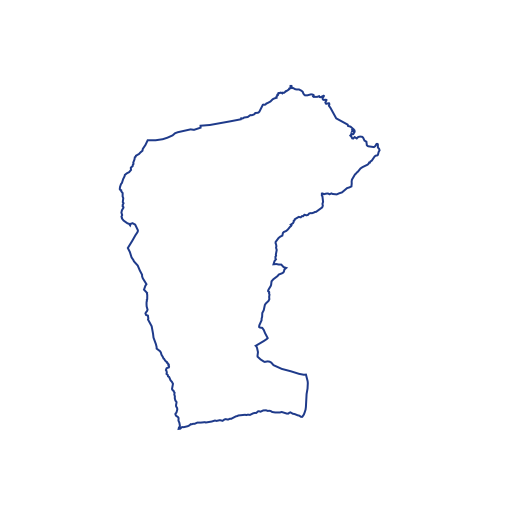 Sogamoso, Boyacá, Colombia, rotated 54°
{"feature_id": "7082276B30941570566225", "entity_name": "Sogamoso", "entity_type": "district", "adm_level": 2, "iso_a3": "COL", "parent_name": "Colombia", "parent_adm1": "Boyacá", "projection": "robinson", "projection_center": [-72.881, 5.676], "detail": "fine", "context": "isolated", "style": "outline", "palette": "blue", "viewbox_px": 512, "rotation_deg": 54, "n_neighbors": 0, "source": "geoboundaries", "source_scale": "gbopen_adm2", "svg_char_len": 6139}
<svg xmlns="http://www.w3.org/2000/svg" viewBox="0 0 512 512"><g transform="rotate(54 256 256)"><path d="M217.4,366.4L221.9,365.8L222.4,366.4L223.5,366.8L227.0,369.4L227.3,370.2L228.2,370.6L228.8,371.5L230.5,372.8L232.5,374.1L235.7,375.3L236.5,376.5L237.0,378.4L237.5,379.2L239.1,379.6L240.7,378.5L243.2,379.8L243.9,380.7L251.5,381.7L258.4,385.0L261.8,386.9L268.5,388.8L271.2,389.9L272.5,390.8L276.6,389.6L278.2,389.7L280.3,390.5L282.9,390.7L284.6,391.1L285.2,390.8L287.1,391.0L288.8,390.7L289.4,390.4L290.0,390.8L290.9,390.4L292.1,390.4L292.4,390.9L293.0,390.6L293.7,391.2L294.3,391.3L294.9,392.0L294.3,393.9L294.3,394.4L295.3,395.9L296.4,396.0L297.8,396.6L298.8,397.7L300.4,397.3L301.6,397.9L302.9,397.4L306.3,398.2L308.5,398.0L310.6,398.3L314.2,402.1L315.3,402.3L316.6,401.9L317.1,402.2L318.7,402.2L320.0,403.5L321.8,404.1L323.3,405.3L325.6,406.2L327.2,406.1L327.8,406.4L329.7,408.4L330.7,409.0L332.7,409.2L333.9,409.9L335.6,412.0L336.0,412.7L336.2,413.8L336.6,414.2L338.1,414.6L340.5,413.8L341.6,413.9L343.6,415.5L345.8,416.0L348.5,417.3L349.2,418.0L349.5,419.2L350.4,420.2L351.2,418.7L350.9,417.2L351.0,416.3L352.0,415.1L353.6,411.2L353.9,409.4L353.7,407.6L354.3,407.1L354.7,405.7L355.7,404.2L356.3,401.4L358.5,398.3L360.4,395.0L361.2,394.5L363.9,389.1L365.0,385.9L366.2,384.9L367.6,381.7L369.7,379.9L369.7,377.7L370.1,376.5L371.9,374.8L372.4,372.6L373.1,371.9L373.9,366.6L374.6,364.9L374.6,364.1L378.0,358.2L379.0,357.3L379.6,355.8L381.0,354.3L381.6,350.8L382.2,349.3L383.1,348.1L382.9,345.5L383.6,344.6L384.6,343.9L385.2,340.9L386.7,338.6L388.2,337.6L389.2,336.0L390.2,335.2L391.7,334.6L393.8,332.5L396.6,328.7L397.3,326.9L401.6,323.7L402.5,322.5L402.4,321.2L402.7,320.1L405.3,318.9L406.5,317.7L409.4,315.9L410.5,314.9L412.6,314.1L413.3,313.1L412.4,310.5L411.1,308.5L409.4,306.2L407.5,304.4L397.4,296.2L393.5,292.2L389.3,288.8L387.6,287.8L381.3,285.3L380.2,287.1L376.7,290.4L369.7,295.6L362.5,301.5L354.6,306.0L351.2,306.3L349.5,307.1L348.1,308.5L346.8,311.2L346.0,311.7L342.4,313.1L338.4,313.9L337.7,313.5L334.9,310.9L331.0,309.2L329.4,308.8L328.5,309.0L329.4,299.3L329.5,295.9L329.3,294.8L323.7,294.0L320.4,293.2L317.8,293.2L316.3,294.8L315.4,295.2L314.7,294.8L313.8,293.7L311.3,289.3L309.9,288.2L308.8,286.8L305.8,284.4L304.4,281.6L300.8,277.6L300.2,276.1L299.7,272.3L298.8,270.6L296.8,269.4L295.2,267.8L293.9,267.4L293.2,266.7L292.8,266.5L291.7,266.9L291.2,266.6L290.5,265.5L288.9,261.7L288.2,260.7L285.6,258.3L285.0,255.6L284.9,250.5L284.4,248.4L285.3,245.1L285.4,243.6L285.0,242.6L283.6,240.9L283.4,238.6L281.2,240.2L277.8,240.6L276.2,242.7L274.5,244.2L273.0,246.7L271.0,244.0L270.4,241.8L269.6,241.8L268.0,240.7L267.6,239.6L266.5,239.1L263.3,235.7L261.1,234.9L260.0,233.7L258.3,232.9L257.1,232.6L256.2,231.9L254.7,227.2L254.6,224.9L255.0,222.7L253.2,220.7L252.9,219.5L253.5,216.8L253.3,214.7L252.4,211.3L252.4,210.2L252.1,209.4L251.1,209.5L251.2,206.8L250.5,205.4L249.7,204.8L249.8,203.9L249.1,203.1L249.1,202.5L249.5,198.4L251.0,197.1L250.8,195.3L251.5,194.5L251.1,192.6L252.8,191.2L253.3,189.6L252.9,188.4L252.9,187.9L253.3,186.8L254.3,185.5L254.9,183.6L254.9,182.8L255.6,181.4L255.6,173.9L254.6,172.4L252.9,171.6L251.6,169.9L246.8,167.2L245.8,167.2L244.2,166.0L244.6,165.3L245.9,164.8L246.8,162.5L247.8,161.0L249.3,160.2L249.7,158.2L250.8,157.6L253.6,154.5L254.2,151.7L255.1,149.1L254.6,142.4L255.4,140.1L255.8,137.9L253.8,136.1L251.9,134.8L250.6,133.5L248.2,128.0L248.1,126.6L247.7,125.3L247.7,124.1L246.6,120.0L246.7,117.6L247.7,112.0L247.5,110.7L246.9,109.5L247.4,109.0L246.8,107.8L246.9,106.3L245.2,101.5L245.2,100.2L245.9,98.7L245.8,97.9L243.9,95.6L243.1,93.9L241.6,93.4L239.9,93.6L237.3,91.8L236.8,91.8L236.2,92.6L237.2,95.0L237.2,96.6L233.4,100.5L232.7,101.0L231.5,101.2L228.4,99.5L226.4,100.4L223.3,99.8L222.1,100.0L220.7,101.4L220.0,102.8L219.8,103.6L220.1,105.4L217.8,106.3L218.1,108.3L217.4,109.0L215.4,108.7L214.0,108.9L213.9,108.5L214.3,108.3L213.2,107.0L214.3,106.4L214.6,105.7L213.5,103.2L212.8,102.8L211.7,105.0L211.3,104.3L210.5,104.1L210.8,102.6L206.9,103.5L204.9,105.1L203.6,104.6L191.8,110.2L179.9,108.7L177.3,108.7L176.4,107.5L175.5,107.1L175.0,107.6L174.3,109.5L173.8,109.9L172.5,109.6L171.5,107.6L171.1,107.3L170.6,107.7L169.6,109.4L168.9,109.8L168.2,109.8L167.3,109.3L166.7,107.4L166.4,107.0L166.1,107.1L165.5,110.4L164.8,111.1L163.8,111.0L163.2,113.0L161.2,115.8L160.4,116.0L159.9,114.9L159.5,114.8L158.1,115.8L157.5,116.6L156.2,120.0L154.8,121.9L153.7,122.2L152.4,122.2L150.6,121.7L149.0,122.1L146.6,123.3L145.0,125.4L144.0,126.3L142.0,127.2L141.3,128.2L140.8,128.2L139.7,127.5L139.3,128.0L139.0,127.7L138.7,128.1L140.4,129.5L140.1,130.6L140.5,130.7L140.6,131.7L140.5,134.0L140.2,134.9L140.4,135.0L140.4,137.6L139.6,138.4L139.8,139.1L139.1,139.2L138.7,140.0L138.2,140.2L137.9,141.4L137.4,142.0L138.0,142.6L137.9,143.2L138.6,143.7L138.3,144.2L138.9,144.7L139.0,145.7L140.1,146.3L139.3,148.5L139.0,150.4L139.5,153.5L139.0,157.2L138.7,157.8L139.0,159.2L138.8,160.0L137.9,161.0L137.7,161.6L141.2,168.4L141.4,169.7L141.1,170.5L139.9,172.5L140.3,173.9L140.2,174.8L139.6,176.7L138.7,177.8L138.7,181.0L137.0,184.2L137.0,185.4L136.7,186.3L135.9,187.0L136.5,187.9L132.0,197.5L122.9,216.3L118.0,224.3L119.6,225.4L117.5,232.0L115.1,234.5L109.9,246.5L109.1,249.3L109.4,252.6L108.2,258.2L106.7,262.8L103.3,269.3L98.7,275.6L101.2,280.2L102.8,284.6L104.1,286.0L104.3,288.8L104.7,290.6L104.3,294.2L104.9,294.9L104.9,296.0L106.4,297.5L108.3,300.4L109.5,301.0L109.7,301.9L110.8,303.0L110.9,305.0L111.1,305.5L112.9,306.5L113.6,309.4L113.2,311.7L113.3,314.4L114.2,315.4L115.7,318.3L118.0,321.4L118.5,323.0L120.2,325.4L121.8,326.9L122.5,327.0L123.6,326.4L124.5,327.0L126.7,326.9L129.4,328.9L131.2,329.4L134.1,332.1L135.4,332.1L136.4,334.0L137.1,334.2L137.5,334.7L138.4,334.5L139.0,334.8L140.2,337.6L141.8,339.4L144.2,340.2L145.2,341.8L146.4,342.0L146.8,342.4L149.5,342.3L154.0,340.8L155.3,339.8L157.2,339.8L156.3,338.5L156.9,336.6L159.6,335.3L165.6,336.4L166.3,336.8L167.1,338.0L168.3,341.3L170.9,347.0L174.2,355.0L178.6,355.7L184.0,357.5L187.2,357.6L188.6,357.9L194.2,357.3L199.4,358.5L204.2,359.2L205.5,360.1L207.5,360.7L214.4,361.2L215.0,362.9L217.4,366.4Z" fill="none" stroke="#1e3a8a" stroke-width="2"/></g></svg>